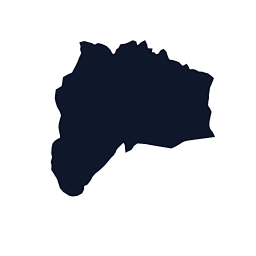 the district of Óleo, São Paulo, Brazil, rotated 26°
{"feature_id": "56859067B72488738088697", "entity_name": "Óleo", "entity_type": "district", "adm_level": 2, "iso_a3": "BRA", "parent_name": "Brazil", "parent_adm1": "São Paulo", "projection": "mercator", "projection_center": [-49.384, -22.97], "detail": "fine", "context": "isolated", "style": "filled", "palette": "ink", "viewbox_px": 256, "rotation_deg": 26, "n_neighbors": 0, "source": "geoboundaries", "source_scale": "gbopen_adm2", "svg_char_len": 1730}
<svg xmlns="http://www.w3.org/2000/svg" viewBox="0 0 256 256"><g transform="rotate(26 128 128)"><path d="M128.7,43.3L125.6,42.1L123.9,44.2L123.5,48.0L121.1,50.4L118.3,49.2L115.7,50.7L114.7,46.8L110.6,48.6L108.2,45.2L105.0,42.6L102.8,45.6L101.7,48.4L100.2,50.9L97.2,47.4L94.2,47.8L91.0,51.9L88.8,54.2L85.2,56.5L85.1,60.2L83.7,63.0L84.2,65.7L83.6,68.5L80.9,68.6L77.8,66.2L72.9,64.5L68.7,64.6L64.2,65.4L61.8,68.6L58.2,68.3L55.4,68.9L50.9,69.7L47.8,72.4L50.2,74.8L51.2,78.1L53.9,80.8L54.0,86.4L54.4,91.2L54.4,95.6L54.1,103.0L51.6,105.9L48.1,110.9L49.9,116.4L50.8,119.6L47.1,125.2L48.6,129.8L49.9,133.2L51.9,135.8L55.4,139.5L60.2,142.8L63.0,145.7L63.9,150.9L64.5,153.7L65.7,157.2L68.1,160.7L70.6,163.8L72.2,166.7L70.2,169.0L68.3,172.3L67.8,175.2L68.6,178.6L70.7,183.9L73.4,187.4L74.1,192.0L76.4,194.9L77.9,198.7L81.1,200.6L87.1,204.4L90.1,207.6L93.7,211.3L97.8,213.1L104.7,213.9L107.8,213.2L111.8,210.6L114.7,206.5L114.7,202.7L113.1,199.3L115.7,196.3L116.7,191.3L116.8,187.1L118.0,182.8L119.6,179.6L121.2,175.8L122.7,171.7L123.9,167.1L125.1,162.2L126.4,158.5L126.8,155.3L126.5,152.4L127.4,149.1L128.4,146.4L129.9,142.0L133.1,144.1L136.6,150.1L140.0,145.7L140.5,141.1L142.7,137.1L151.1,133.8L154.5,133.0L175.5,126.7L178.3,123.3L180.7,119.7L182.7,116.4L185.0,113.9L188.4,111.4L208.9,97.8L205.8,95.4L202.4,93.7L199.7,91.2L197.9,87.3L196.9,83.6L196.2,80.8L195.4,77.3L193.0,75.3L189.5,73.2L187.9,69.3L187.0,65.8L185.6,63.2L184.5,59.6L183.3,55.9L183.1,51.0L182.7,46.1L179.1,45.2L175.9,44.6L173.1,45.2L170.3,45.6L166.8,47.0L163.6,46.8L161.0,47.2L157.6,49.2L155.2,46.9L152.7,45.5L150.5,48.9L147.9,48.4L144.7,47.2L141.2,47.7L138.5,48.0L135.8,49.2L133.4,48.1L131.3,46.1L128.7,43.3Z" fill="#0f172a" stroke="#020617" stroke-width="1.5"/></g></svg>